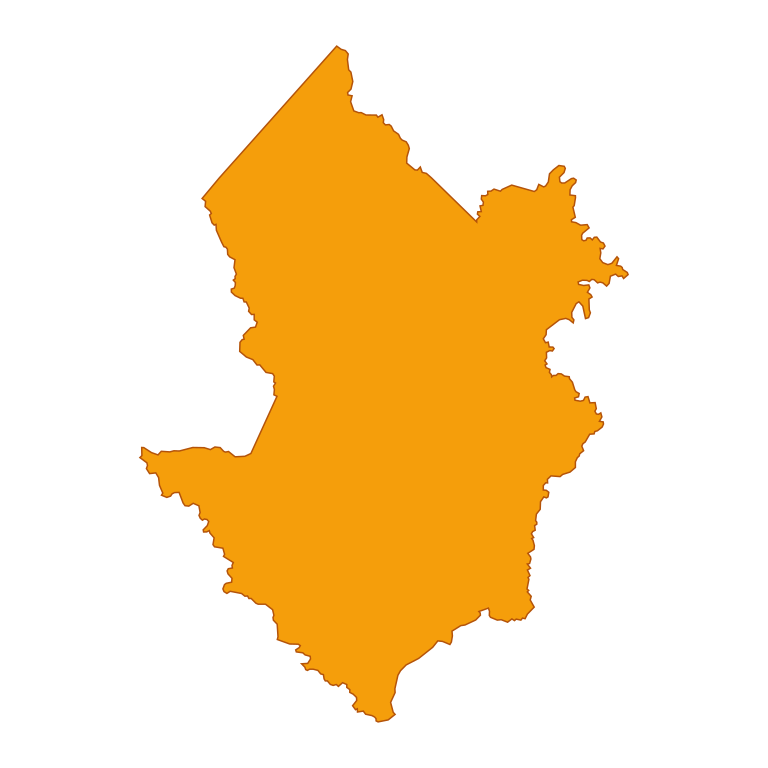 Crixás, Goiás, Brazil (Albers equal-area conic projection)
{"feature_id": "56859067B65270192484225", "entity_name": "Crixás", "entity_type": "district", "adm_level": 2, "iso_a3": "BRA", "parent_name": "Brazil", "parent_adm1": "Goiás", "projection": "albers", "projection_center": [-50.028, -14.631], "detail": "fine", "context": "isolated", "style": "filled", "palette": "amber", "viewbox_px": 768, "rotation_deg": 0, "n_neighbors": 0, "source": "geoboundaries", "source_scale": "gbopen_adm2", "svg_char_len": 6108}
<svg xmlns="http://www.w3.org/2000/svg" viewBox="0 0 768 768"><path d="M395.1,714.4L393.2,712.3L390.6,702.4L395.1,692.6L394.9,688.7L397.9,675.3L400.5,670.7L406.2,664.9L418.7,658.4L432.7,647.3L437.8,640.9L442.5,641.4L449.9,644.5L451.4,642.0L452.4,635.9L452.0,631.1L460.8,625.6L465.0,625.0L475.7,620.0L480.4,615.2L480.2,613.0L478.9,611.5L488.4,608.1L489.5,611.2L489.3,615.4L490.5,617.3L497.3,620.1L501.2,619.7L507.6,622.2L511.9,618.9L514.5,620.6L516.2,619.1L520.9,620.1L522.5,618.1L525.1,618.7L527.4,614.1L534.2,607.1L530.2,600.0L531.2,596.3L527.3,591.9L528.7,590.4L527.0,589.0L528.9,579.3L528.0,577.5L530.0,575.6L527.4,570.0L530.5,568.2L527.3,564.0L529.6,563.5L530.9,559.0L530.5,556.9L527.8,553.3L534.0,549.3L534.4,545.7L533.0,540.3L531.7,538.5L533.7,537.6L531.4,533.8L532.6,531.6L535.2,530.2L534.6,525.6L536.8,524.2L536.8,522.2L535.6,520.6L536.4,514.1L540.2,509.3L540.5,501.7L543.8,496.9L546.4,497.9L548.0,496.9L548.8,492.3L546.3,490.3L543.3,490.0L543.3,485.5L545.7,482.8L547.6,482.9L547.4,479.3L551.0,475.9L560.1,476.6L562.7,474.4L570.0,472.1L575.4,467.5L575.4,461.8L577.3,457.7L579.2,456.0L579.7,453.8L583.6,450.7L581.8,446.1L582.9,443.7L585.2,442.0L589.7,434.2L594.1,433.9L594.8,431.5L597.4,430.8L602.2,427.0L603.5,424.0L603.2,421.9L599.4,421.3L601.9,416.9L600.8,412.9L598.5,414.3L596.4,414.0L594.9,411.2L596.3,408.7L595.1,402.6L589.9,402.9L588.0,396.6L585.1,397.1L583.5,400.4L580.3,401.2L575.0,400.2L574.6,398.0L578.5,396.8L579.2,393.5L576.0,391.7L574.8,389.9L572.4,382.2L569.5,378.7L569.2,376.7L564.5,376.1L561.3,373.9L558.1,373.6L556.1,375.4L553.3,375.5L551.7,376.9L551.4,374.7L549.4,372.4L550.0,369.4L546.0,367.6L545.1,365.0L547.0,363.9L544.7,360.8L546.6,357.9L546.4,352.3L549.7,350.6L552.4,351.0L554.1,348.6L552.9,347.1L549.2,347.0L548.2,342.1L545.5,342.7L543.3,338.8L546.1,334.7L546.4,329.7L559.5,319.7L565.8,318.4L569.3,319.7L573.2,322.9L573.9,319.9L571.9,317.3L571.7,312.4L576.2,303.6L578.9,301.8L582.8,306.1L585.5,318.6L588.6,317.6L590.4,312.8L589.3,309.9L588.9,299.0L592.1,297.0L590.8,294.7L587.4,292.3L589.9,287.9L588.8,284.9L583.6,285.5L578.6,284.4L578.1,282.0L582.4,280.2L587.1,280.4L589.3,281.5L591.8,279.4L594.2,279.7L597.6,282.9L600.0,282.1L602.8,282.8L606.6,286.1L609.1,283.4L610.4,276.2L615.6,274.1L618.3,276.5L622.0,275.9L623.6,278.5L628.1,274.6L627.3,272.5L622.7,269.5L622.2,267.5L620.7,266.2L616.4,265.4L618.6,258.7L617.0,256.8L611.9,263.2L609.9,264.0L607.8,264.6L602.7,262.6L599.8,258.7L600.8,252.9L600.1,248.4L603.0,248.9L605.0,246.1L603.4,243.0L600.5,242.0L596.8,237.1L594.3,237.3L592.3,239.9L590.1,237.9L587.2,238.0L586.0,240.3L583.7,240.8L581.8,239.6L581.6,235.2L582.7,233.2L589.1,227.9L587.2,224.6L580.6,225.2L575.9,222.6L571.6,221.8L571.4,219.7L575.3,217.3L572.9,207.2L574.2,205.6L575.5,197.6L575.4,195.7L569.9,195.0L570.1,189.7L572.2,185.8L575.6,182.6L576.2,180.0L573.6,178.2L571.4,178.6L564.7,183.0L561.6,183.0L559.9,181.7L559.4,177.2L564.0,172.6L565.3,168.4L564.2,166.3L558.9,165.5L553.4,169.8L549.5,173.8L548.3,182.0L545.6,186.0L543.7,186.9L538.8,184.4L536.7,189.8L534.3,191.5L511.7,185.1L502.2,189.4L500.4,191.2L494.0,189.1L491.0,191.1L487.7,191.3L487.8,194.5L485.5,195.8L481.7,195.6L481.3,199.1L483.4,202.1L483.0,205.3L480.0,205.9L481.3,211.6L477.8,211.8L477.4,214.1L479.9,216.4L476.7,219.9L476.7,222.0L431.4,177.8L426.4,173.4L422.2,172.4L420.3,167.0L417.4,170.1L414.9,169.9L406.7,163.1L406.9,157.0L409.3,148.6L408.3,145.2L406.2,141.8L402.2,140.1L400.4,138.3L398.5,134.3L393.6,130.9L391.2,126.1L389.2,124.5L385.4,124.9L383.3,122.7L383.7,119.6L382.0,114.8L377.9,117.2L376.4,115.1L366.0,115.0L361.2,112.6L358.7,112.7L353.8,110.9L350.6,101.7L352.1,95.8L348.0,95.0L347.6,92.5L351.0,89.1L352.8,81.5L350.9,72.1L348.7,69.8L347.4,59.5L348.2,54.0L345.4,50.6L341.1,49.3L336.7,46.1L219.3,177.9L202.1,198.5L205.6,201.3L205.1,206.6L210.3,211.2L211.3,213.5L209.6,215.0L212.0,222.8L214.2,225.1L216.0,224.4L216.4,230.3L221.6,242.2L223.9,246.7L225.9,247.2L227.4,249.1L227.7,254.4L229.7,256.9L235.0,259.7L234.0,267.7L236.4,274.1L235.0,276.4L235.2,278.7L233.3,280.1L235.4,282.5L235.2,285.7L234.3,288.1L231.3,289.1L231.4,292.1L235.1,295.6L240.5,298.2L242.9,298.3L244.1,301.9L246.3,302.0L249.2,308.1L248.6,311.3L251.5,314.5L254.2,314.4L254.2,319.8L257.2,322.2L255.5,327.1L250.6,327.8L243.3,335.4L244.1,339.2L242.2,339.6L240.0,342.3L239.7,351.4L246.3,357.0L252.8,359.6L257.0,365.0L259.8,364.9L266.0,372.4L272.6,373.6L274.3,376.1L273.8,381.9L275.5,383.0L273.5,386.2L274.4,389.4L273.9,394.8L277.0,396.3L250.9,453.5L244.9,456.3L235.1,456.8L228.5,451.5L225.5,452.1L223.7,451.4L220.2,447.6L214.9,447.0L210.4,449.6L204.2,447.7L192.8,447.5L179.3,451.0L173.9,450.8L169.8,451.9L161.3,451.3L158.0,454.9L151.5,452.6L143.8,447.6L141.7,447.5L141.9,455.6L139.9,457.6L146.9,462.8L147.5,465.5L146.4,468.6L149.6,473.6L155.8,472.9L158.6,477.6L159.5,485.4L162.8,493.1L161.5,495.2L166.8,497.4L170.6,496.1L172.1,493.8L174.5,492.6L179.1,492.4L183.1,503.0L185.0,505.7L188.8,506.1L193.2,503.3L198.9,505.8L200.1,512.5L199.0,515.4L200.3,518.3L202.4,520.2L204.4,519.0L207.0,519.5L208.7,521.5L207.3,525.6L203.2,529.8L203.6,532.0L206.7,531.9L209.3,530.6L209.9,533.0L214.1,537.8L213.0,544.6L214.5,546.8L222.9,548.2L224.6,554.3L223.5,556.4L233.3,562.5L232.0,565.4L232.4,568.0L228.3,568.7L227.1,570.9L228.0,573.9L232.0,578.3L231.6,582.2L226.2,583.3L224.5,584.6L222.9,588.9L224.0,591.6L226.9,593.4L230.2,591.3L241.6,593.5L244.9,596.2L247.6,596.0L248.9,598.5L251.2,598.5L255.9,603.2L258.2,604.2L265.5,604.2L272.6,609.7L273.9,615.3L273.0,617.5L273.4,620.2L277.2,624.2L278.0,636.8L277.3,639.5L289.7,644.0L298.2,644.2L300.3,645.6L299.2,647.6L295.7,649.9L296.3,651.9L302.8,652.8L305.1,654.9L310.2,656.3L310.5,659.0L307.7,663.4L301.6,663.8L304.9,667.2L305.7,669.6L307.4,670.4L309.6,669.2L313.2,669.2L317.9,670.4L320.7,673.9L323.4,674.6L324.1,678.9L325.3,680.9L327.4,680.9L330.3,684.4L333.2,685.4L336.3,684.5L338.4,686.4L342.6,682.7L346.8,684.5L346.8,687.4L349.8,689.6L349.8,692.4L353.1,694.1L356.5,697.4L356.7,700.5L352.6,705.7L355.5,709.7L357.3,708.8L357.5,712.0L363.3,711.1L365.6,714.2L372.0,715.6L374.6,717.0L376.0,718.6L376.1,720.9L378.1,721.9L388.2,719.9L395.1,714.4Z" fill="#f59e0b" stroke="#b45309" stroke-width="1.5"/></svg>